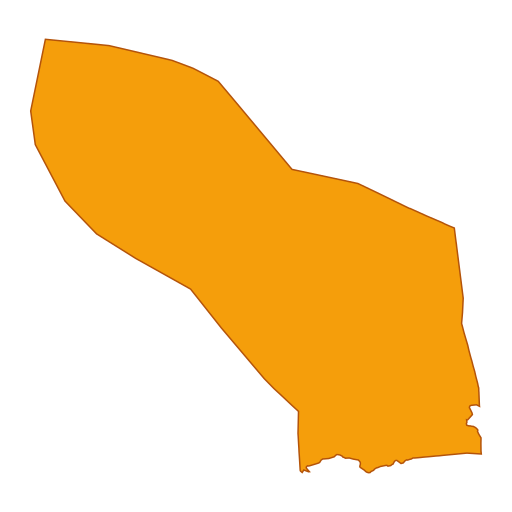 Tlacotepec Plumas, Oaxaca, Mexico (Mercator projection)
{"feature_id": "50627088B14217119498753", "entity_name": "Tlacotepec Plumas", "entity_type": "district", "adm_level": 2, "iso_a3": "MEX", "parent_name": "Mexico", "parent_adm1": "Oaxaca", "projection": "mercator", "projection_center": [-97.45, 17.871], "detail": "fine", "context": "isolated", "style": "filled", "palette": "amber", "viewbox_px": 512, "rotation_deg": 0, "n_neighbors": 0, "source": "geoboundaries", "source_scale": "gbopen_adm2", "svg_char_len": 2378}
<svg xmlns="http://www.w3.org/2000/svg" viewBox="0 0 512 512"><path d="M300.2,470.3L300.5,471.1L302.2,472.5L303.8,470.0L308.6,471.8L309.4,471.7L307.2,469.2L306.2,467.8L306.4,466.8L307.5,465.8L308.6,466.0L309.9,465.7L318.1,463.2L319.6,462.5L321.1,460.1L322.7,459.0L324.2,458.9L328.8,458.5L334.2,456.8L335.2,455.8L336.6,454.6L337.8,454.6L340.0,455.0L342.4,456.3L342.9,457.1L344.5,457.6L345.3,458.2L346.9,458.1L349.3,458.0L353.3,459.1L358.4,460.0L359.9,461.7L360.3,462.6L360.4,464.0L359.8,466.3L360.1,467.3L364.4,470.2L365.5,471.3L366.4,472.0L368.3,472.7L370.0,472.6L371.1,471.5L373.6,470.3L374.5,469.1L376.8,467.7L377.6,467.7L380.3,466.5L385.3,465.5L386.9,465.3L387.6,466.0L388.0,466.1L390.7,465.6L392.1,464.4L392.8,464.3L392.9,464.2L393.0,464.1L394.4,461.5L395.0,460.9L395.9,460.4L396.8,460.4L398.9,461.9L401.0,463.5L403.3,462.9L404.7,461.2L405.2,460.7L406.8,459.8L407.6,460.1L408.2,459.9L409.6,459.4L411.3,459.0L413.0,458.0L414.5,458.0L416.9,457.8L419.1,457.6L421.3,457.4L422.7,457.2L430.0,456.6L435.9,456.0L439.0,455.8L440.9,455.6L442.5,455.4L466.9,453.1L481.3,454.0L481.0,451.1L480.9,443.4L481.0,439.1L481.0,437.8L478.9,434.4L477.5,431.5L477.8,430.5L477.6,429.5L477.1,429.1L475.7,427.7L473.3,426.4L471.8,426.3L470.2,425.9L469.9,425.9L468.8,425.9L466.7,425.2L466.6,424.8L466.4,423.6L466.4,423.4L466.9,422.3L466.7,420.5L466.6,419.8L467.1,420.0L467.8,419.7L472.4,414.6L472.0,412.9L469.8,408.4L469.4,407.8L469.4,407.3L469.7,406.2L470.3,405.7L471.4,405.3L476.5,404.8L479.5,406.3L479.4,405.5L479.2,400.4L478.9,392.5L478.9,392.3L478.9,392.2L478.8,391.3L478.7,387.9L478.2,386.3L477.6,383.2L475.9,376.8L474.7,371.5L473.1,366.0L471.8,360.9L471.1,358.6L470.3,355.7L468.9,350.4L467.7,345.1L465.8,338.8L463.9,332.3L462.4,326.4L461.6,323.6L461.7,321.9L461.8,320.9L462.5,312.7L463.2,298.2L456.6,246.2L456.4,244.3L455.9,240.9L455.7,239.3L454.3,228.0L450.6,226.5L450.1,226.3L444.4,223.8L442.8,222.9L426.9,216.1L410.1,208.5L409.4,208.4L403.8,205.7L382.7,195.4L357.9,183.5L292.0,169.4L235.3,101.6L218.2,81.3L193.1,68.3L172.1,60.4L109.0,45.6L45.4,39.3L30.7,111.0L35.3,144.6L65.0,201.1L96.6,233.9L135.7,258.4L190.6,289.1L221.3,327.9L264.3,378.7L274.0,388.6L282.0,396.0L292.0,405.4L294.5,407.7L298.5,411.4L298.3,420.5L298.1,429.3L298.0,433.4L298.2,436.4L298.6,443.8L298.9,448.4L299.0,450.8L299.0,451.1L299.4,457.2L299.5,458.8L300.2,470.3Z" fill="#f59e0b" stroke="#b45309" stroke-width="1.5"/></svg>